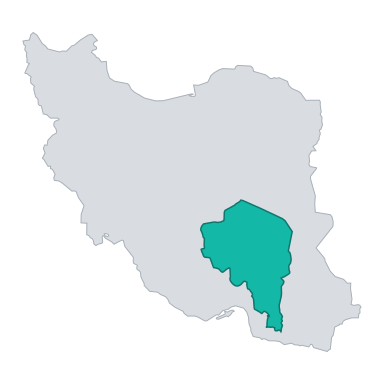 location of Kerman within Iran
{"feature_id": "IRN-3248", "entity_name": "Kerman", "entity_type": "Province", "adm_level": 1, "iso_a3": "IRN", "parent_name": "Iran", "parent_adm1": "", "projection": "natural_earth1", "projection_center": [57.389, 29.03], "detail": "fine", "context": "in_parent", "style": "filled", "palette": "teal", "viewbox_px": 384, "rotation_deg": 0, "n_neighbors": 0, "source": "natural_earth", "source_scale": "10m", "svg_char_len": 5906}
<svg xmlns="http://www.w3.org/2000/svg" viewBox="0 0 384 384"><path d="M193.6,85.0L198.4,85.3L207.3,82.3L208.1,81.6L210.9,75.6L213.9,72.9L219.3,69.7L222.7,68.6L234.8,69.1L235.7,66.7L237.7,65.4L250.8,66.1L252.8,68.0L253.6,71.4L264.5,74.5L266.7,75.5L269.4,78.0L271.6,78.7L274.4,77.6L276.2,78.4L279.0,77.7L287.5,81.4L288.7,85.2L290.2,87.0L292.1,88.6L298.9,91.6L300.9,93.3L305.8,100.3L319.4,100.2L320.3,101.8L320.2,104.8L321.2,112.0L320.2,114.7L322.0,117.1L321.8,121.6L322.5,124.8L321.0,129.1L319.4,130.0L320.3,133.9L319.0,137.6L319.2,139.1L317.1,142.2L317.0,143.5L313.0,146.4L315.9,150.7L311.6,151.0L308.9,155.6L309.6,161.1L308.9,163.9L309.4,165.5L310.5,166.6L316.4,167.7L316.6,168.4L310.4,176.4L310.7,179.6L315.3,195.8L314.7,203.9L315.3,212.2L330.3,214.7L332.0,216.8L333.1,221.4L333.1,224.9L332.7,226.7L316.0,247.9L324.7,258.5L325.0,260.8L330.2,271.1L335.1,276.5L343.5,279.3L347.3,283.2L350.8,283.1L350.5,288.3L352.0,299.3L351.0,304.4L353.9,305.4L358.4,304.6L360.1,305.6L361.0,307.4L359.8,308.5L360.0,312.8L358.9,313.7L358.4,317.8L351.7,317.9L345.5,319.7L343.2,321.2L341.9,324.2L339.9,323.9L339.2,325.0L334.8,327.0L333.2,335.3L331.6,337.3L330.3,349.3L329.4,349.4L327.2,351.5L313.6,347.6L312.2,344.7L310.8,344.2L308.8,346.9L302.0,345.3L299.7,345.8L298.2,345.0L294.6,344.9L291.7,343.2L284.2,344.6L279.7,341.6L274.9,340.8L268.9,340.8L264.1,338.6L261.6,339.5L260.4,337.9L253.2,336.5L250.9,331.1L250.8,328.5L249.0,323.8L248.5,317.1L246.8,312.2L243.8,308.2L235.6,305.8L231.3,307.0L228.1,309.3L222.8,310.6L218.7,315.1L216.3,314.8L206.7,320.9L204.6,320.8L197.4,316.8L194.2,316.0L187.6,316.1L184.1,313.4L183.2,311.4L174.7,307.1L169.5,303.1L167.9,299.4L165.6,296.7L160.5,294.5L157.7,292.2L149.7,291.3L144.2,285.5L144.2,283.6L141.0,277.2L140.5,272.5L139.8,271.3L137.1,269.4L136.7,268.1L137.3,265.2L133.7,263.4L133.2,261.9L133.4,257.4L124.9,246.5L123.3,240.5L121.7,240.2L114.0,244.2L111.8,241.9L105.2,238.1L104.2,236.6L105.9,235.9L107.6,236.6L108.7,235.8L108.3,234.5L106.6,233.7L104.3,233.7L104.9,235.0L102.7,236.1L102.2,237.6L102.7,242.2L101.7,243.4L98.2,244.2L95.9,245.6L93.9,244.0L93.4,240.7L92.2,238.6L90.4,237.8L89.0,235.7L86.7,234.6L86.9,223.2L81.0,222.9L81.2,214.3L84.1,205.7L78.6,197.9L76.3,192.0L74.8,190.9L71.9,191.1L62.3,183.1L59.0,181.0L54.3,180.4L53.8,177.6L55.1,174.4L53.0,170.4L52.3,169.2L50.4,168.7L50.6,166.2L48.1,166.3L43.7,159.3L42.4,158.3L45.1,153.0L43.4,148.6L44.6,145.0L47.1,145.2L47.9,140.3L52.4,135.3L56.2,133.2L56.6,131.7L56.0,128.9L53.7,125.6L54.1,122.7L54.9,121.3L58.9,119.8L59.1,119.1L57.3,118.1L50.4,118.1L46.8,114.7L43.3,113.9L41.5,106.5L40.9,105.6L39.3,105.3L38.3,104.0L37.9,99.0L35.6,96.8L33.8,89.6L33.8,87.8L34.5,86.2L30.8,83.0L30.5,78.2L31.3,77.1L27.0,73.6L25.1,73.4L24.9,72.8L28.2,65.3L29.4,63.6L26.9,62.4L27.0,58.7L26.4,55.6L26.8,52.7L25.2,50.6L24.8,49.3L25.5,46.0L23.8,44.4L23.0,41.0L29.4,40.0L30.8,34.7L33.2,32.5L37.0,35.1L42.3,43.6L45.5,46.1L47.9,49.0L59.7,52.0L62.3,51.0L66.4,51.2L71.8,45.9L74.2,45.2L80.4,40.0L88.1,35.1L92.0,34.3L97.4,40.5L94.1,42.4L93.5,43.9L93.8,45.4L96.4,47.0L96.6,48.7L95.7,49.6L92.4,50.5L91.4,52.3L94.9,55.1L96.6,57.5L98.5,58.1L101.4,61.9L106.3,61.4L107.0,70.5L109.5,78.0L114.5,81.2L127.6,83.7L129.1,85.1L131.1,89.2L134.5,92.2L144.6,98.1L155.8,100.9L163.3,100.7L190.9,94.0L193.5,94.0L189.4,95.7L190.9,96.4L194.4,96.4L195.2,95.7L195.4,94.6L193.6,85.0ZM232.5,311.9L230.8,314.5L228.3,316.7L226.3,316.0L218.7,319.2L216.6,319.0L216.3,318.0L224.8,314.2L225.2,313.3L224.7,311.3L227.4,312.1L230.5,310.5L233.0,310.1L234.2,311.2L232.5,311.9Z" fill="#d9dde1" stroke="#a8b0b8" stroke-width="1"/><path d="M213.6,267.6L210.1,258.1L209.0,257.6L204.9,257.2L204.1,256.7L203.7,256.2L203.3,255.5L203.1,254.6L201.7,251.4L201.2,249.7L201.2,249.3L202.0,248.9L204.0,248.5L204.5,248.1L204.5,247.5L204.3,246.6L204.1,245.4L204.4,238.3L203.8,237.9L203.2,237.1L202.8,235.0L201.8,232.1L200.8,230.1L200.8,229.0L201.2,227.4L202.0,225.8L203.6,223.9L213.6,222.1L215.9,222.1L217.4,222.5L220.8,222.0L223.8,220.6L224.1,219.1L224.3,212.2L225.1,210.4L234.6,205.2L235.9,203.9L239.6,201.7L240.4,200.8L240.8,200.1L243.0,200.6L262.1,209.1L282.4,218.7L285.0,220.7L292.2,231.6L288.6,249.5L288.4,251.4L288.9,251.8L289.7,252.4L290.4,254.3L291.1,258.9L291.0,260.8L290.5,263.0L289.0,265.4L288.7,266.8L289.0,268.3L289.0,270.0L289.6,271.2L289.7,272.1L289.7,272.9L289.2,273.5L288.4,274.2L284.2,276.8L282.2,277.5L281.1,278.1L281.8,279.2L283.3,280.4L283.9,281.5L283.4,283.5L281.3,286.4L281.5,293.9L281.2,296.4L279.2,305.1L279.2,307.3L279.6,309.1L279.7,309.9L279.7,311.4L280.0,312.8L281.4,314.5L282.4,316.6L281.9,318.3L281.4,319.2L281.7,319.7L282.2,320.3L282.3,321.0L281.7,321.8L281.2,322.8L281.6,324.1L282.2,324.8L282.4,325.7L282.1,326.5L281.7,327.0L281.8,327.7L281.5,328.0L281.3,328.6L281.3,329.9L281.2,330.8L280.9,331.7L280.1,330.5L279.9,330.3L279.4,330.3L278.7,330.0L278.1,330.1L277.6,330.7L276.8,330.8L275.9,330.8L275.2,330.6L274.9,330.0L274.8,329.3L274.6,328.9L274.6,328.4L274.8,328.0L274.8,327.8L274.5,327.6L273.3,327.4L272.6,327.0L272.0,326.9L271.4,327.2L270.4,327.3L268.9,327.0L266.5,327.2L266.5,326.7L266.8,326.3L267.1,325.0L267.1,324.4L267.0,323.8L267.4,319.5L267.6,318.9L267.9,318.4L268.0,318.1L268.0,317.5L267.6,316.1L267.6,315.7L268.0,315.7L269.1,316.4L269.3,316.0L268.8,314.8L267.7,313.5L266.3,312.3L265.1,311.5L263.9,311.4L263.2,312.0L262.7,312.6L261.9,313.5L261.3,313.3L260.1,312.3L254.5,309.1L254.2,307.9L253.6,299.7L253.1,298.0L252.6,296.9L252.1,296.7L251.7,296.1L252.0,295.4L252.5,294.9L252.4,293.8L251.6,292.5L250.7,291.5L250.3,290.7L249.6,289.7L248.7,289.1L248.1,289.1L247.7,288.7L247.5,288.3L246.8,284.9L247.0,282.7L246.9,282.3L245.0,281.3L244.0,281.3L243.2,282.0L242.6,282.7L240.7,284.7L238.6,285.8L237.4,286.0L235.3,285.7L233.4,284.5L231.9,283.0L230.3,280.7L229.9,278.6L230.4,277.0L230.0,268.7L229.5,267.9L229.0,268.0L226.9,269.0L223.3,271.9L222.4,272.2L221.6,271.8L220.8,271.2L220.0,270.1L218.4,268.7L215.1,267.8L213.6,267.6Z" fill="#14b8a6" stroke="#0f766e" stroke-width="1.5"/></svg>